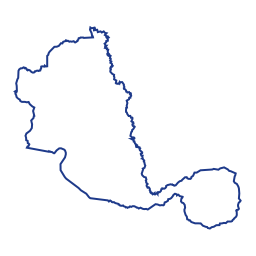 Chimichagua, Cesar, Colombia (orthographic projection)
{"feature_id": "7082276B32164017339198", "entity_name": "Chimichagua", "entity_type": "district", "adm_level": 2, "iso_a3": "COL", "parent_name": "Colombia", "parent_adm1": "Cesar", "projection": "orthographic", "projection_center": [-73.748, 9.238], "detail": "fine", "context": "isolated", "style": "outline", "palette": "blue", "viewbox_px": 256, "rotation_deg": 0, "n_neighbors": 0, "source": "geoboundaries", "source_scale": "gbopen_adm2", "svg_char_len": 5797}
<svg xmlns="http://www.w3.org/2000/svg" viewBox="0 0 256 256"><path d="M20.7,68.3L19.2,69.4L18.5,70.8L18.2,77.9L17.4,79.3L16.2,83.3L16.7,85.9L16.9,91.1L16.4,91.9L15.9,90.9L15.4,91.2L15.9,92.1L15.4,92.1L15.8,92.5L15.4,93.2L15.5,94.0L16.2,95.2L16.5,96.9L18.1,98.7L17.8,99.0L18.3,98.8L19.7,99.5L20.4,101.1L22.0,101.9L25.1,101.9L26.8,102.3L28.6,102.0L29.8,104.2L32.4,106.5L34.3,107.5L33.1,111.0L34.3,115.9L33.8,116.1L33.5,118.0L31.2,120.5L32.1,124.3L31.8,128.1L30.0,130.8L26.4,133.5L25.5,135.8L26.1,137.7L26.2,140.2L27.6,140.8L27.8,143.2L28.6,143.5L29.3,144.3L28.6,145.9L27.5,146.5L26.9,147.7L48.5,151.7L48.8,151.3L49.1,151.6L49.7,151.4L49.9,151.8L51.9,152.0L53.8,153.2L54.4,153.2L56.6,150.4L59.2,148.4L61.0,148.3L64.0,149.5L65.0,150.4L65.8,152.7L65.8,154.4L65.0,157.4L60.5,164.1L60.6,170.2L64.7,176.9L66.1,178.6L78.6,188.0L80.9,190.3L86.3,193.7L89.1,197.3L90.3,198.2L107.9,200.4L108.9,201.5L110.1,200.5L111.4,201.3L111.8,202.0L112.9,202.3L113.9,202.1L115.3,203.1L118.5,203.9L118.6,204.6L119.5,204.8L119.8,205.4L121.2,205.8L123.1,205.5L123.4,206.1L125.3,206.8L125.7,207.4L126.5,207.2L127.5,207.8L128.1,207.3L129.0,207.3L130.0,206.4L131.2,206.9L132.6,206.2L134.1,206.2L135.8,206.9L136.6,207.6L137.6,207.6L138.7,208.5L140.5,207.7L142.7,208.8L144.2,209.1L146.2,208.9L147.8,209.5L155.5,204.2L157.7,204.5L159.9,205.4L161.8,205.1L163.4,205.3L164.1,204.7L164.7,202.4L166.2,201.9L168.0,200.7L168.2,199.2L170.1,198.8L171.2,198.1L172.7,196.3L173.3,195.1L174.8,193.8L175.8,193.9L176.9,194.8L177.0,195.3L177.9,194.6L178.4,194.7L179.7,196.1L182.6,196.8L182.5,197.4L181.3,198.9L181.0,201.3L181.8,202.5L183.4,203.1L184.7,204.9L185.1,207.7L184.4,209.6L184.5,211.4L185.6,214.9L186.8,216.6L187.2,219.3L188.7,219.8L189.2,220.5L189.9,220.3L191.3,222.0L195.0,223.3L200.7,223.4L202.9,225.7L205.7,226.8L207.1,227.0L207.8,228.0L209.9,228.5L211.7,227.2L213.9,226.7L216.3,225.2L219.5,225.1L219.9,223.5L222.0,223.4L223.9,222.9L225.9,223.1L227.6,221.5L231.1,221.5L232.1,221.1L232.7,219.9L233.7,219.3L233.9,218.7L236.2,216.6L236.8,215.0L236.7,211.5L236.2,210.8L236.6,210.0L238.0,209.8L238.9,208.8L238.0,206.0L238.1,204.6L238.8,202.6L240.2,201.5L240.6,200.6L238.9,198.5L239.3,193.5L238.9,188.4L238.3,186.5L236.9,184.0L234.7,182.7L233.8,181.2L234.7,176.3L235.2,175.5L235.7,173.4L230.7,171.2L229.2,170.9L227.8,169.4L224.1,167.4L220.2,168.4L218.4,169.7L213.7,168.9L212.3,169.5L200.5,170.3L196.7,172.6L194.5,172.6L193.1,175.8L191.4,177.0L191.2,178.1L190.5,178.9L188.7,178.9L187.3,178.3L186.7,177.2L185.0,177.3L182.0,180.0L181.6,180.7L179.6,181.3L177.9,182.7L175.7,185.3L174.2,185.7L173.6,185.0L172.8,185.0L172.2,184.4L171.5,184.6L170.6,184.3L167.5,185.1L166.1,186.0L166.1,187.1L165.2,188.2L164.2,188.7L162.6,188.4L162.7,188.8L161.3,189.2L161.0,190.8L159.7,192.2L158.2,192.1L158.1,192.8L157.5,192.9L157.5,193.9L157.0,193.2L156.8,193.6L156.4,193.4L155.8,193.9L155.4,193.7L154.9,194.4L154.5,194.1L154.5,193.2L153.7,193.9L153.4,193.7L152.8,194.2L152.4,193.4L151.9,193.5L151.7,193.0L151.2,193.2L150.7,192.8L150.2,192.0L150.6,191.4L149.7,190.3L149.9,189.1L149.1,187.6L147.8,187.7L147.8,187.1L147.3,187.1L146.8,186.4L146.6,185.2L147.6,184.0L146.2,182.6L146.2,181.4L145.8,180.5L146.4,179.6L145.8,177.4L144.1,177.0L142.3,175.3L141.7,173.7L143.3,168.8L143.0,168.5L144.5,167.8L145.3,165.5L144.8,164.6L144.3,162.0L143.8,161.6L144.2,160.5L142.9,159.2L142.8,158.6L142.3,158.5L142.7,158.2L142.3,156.7L142.6,155.7L141.4,155.6L140.9,154.5L140.8,153.7L142.1,153.2L142.2,152.3L139.9,150.2L139.6,149.1L140.1,148.4L139.1,147.8L140.4,147.1L139.4,147.4L138.5,147.2L137.4,146.1L136.9,146.2L136.6,147.0L136.2,146.9L135.9,145.2L136.6,144.8L135.0,143.5L134.4,141.4L133.7,141.5L133.4,140.0L131.5,139.0L133.9,138.9L134.4,138.5L134.3,137.8L133.7,137.4L132.2,137.5L130.4,135.9L131.3,132.0L132.0,131.5L132.2,129.9L133.1,129.3L134.7,126.8L134.3,126.3L133.1,126.1L132.6,125.5L132.4,124.3L133.5,123.7L133.2,122.2L132.4,122.1L131.4,121.3L132.3,119.4L132.5,118.0L132.2,117.6L131.0,117.7L130.3,115.9L128.7,116.0L127.4,114.2L126.8,112.5L126.1,112.0L126.0,111.0L126.2,107.8L127.0,107.6L126.7,105.7L127.4,103.0L126.7,100.6L129.0,99.3L129.2,97.8L130.4,97.7L130.5,96.6L131.2,95.8L130.9,94.4L130.2,94.5L130.0,94.2L130.8,93.5L130.6,93.1L129.8,93.2L129.1,92.1L127.4,92.5L126.9,91.8L126.2,91.6L126.1,90.5L125.1,89.3L124.0,88.9L123.8,88.1L124.3,87.5L124.3,86.5L123.8,85.8L123.9,84.6L122.2,82.1L120.9,82.1L120.3,82.6L119.7,82.0L119.4,83.5L119.0,83.1L118.0,83.9L117.1,83.5L116.4,83.6L115.8,83.1L116.3,80.5L114.1,79.3L114.4,77.2L113.9,76.3L114.1,74.8L112.3,73.9L110.3,71.7L110.4,70.3L110.9,69.7L110.8,68.6L110.3,68.5L110.3,68.1L110.8,67.0L112.1,66.7L112.7,65.9L111.8,65.3L112.1,64.5L111.8,63.6L110.4,62.8L111.3,61.4L110.1,60.6L110.8,59.0L109.9,58.2L110.5,56.0L109.1,55.9L109.5,54.7L109.3,54.4L108.0,55.3L107.4,54.7L107.3,53.8L108.2,53.2L107.7,51.8L108.2,49.7L106.9,49.4L107.1,48.3L105.1,47.9L106.4,45.9L105.2,46.1L105.4,44.8L104.6,43.7L106.2,42.3L106.2,41.1L107.8,40.8L107.9,39.8L107.2,38.3L108.7,37.5L107.7,36.3L106.3,36.9L106.0,35.7L104.9,35.0L106.5,33.2L105.0,32.9L103.7,31.4L101.8,32.5L100.6,31.4L97.8,32.1L97.2,29.8L94.0,30.3L94.0,29.6L95.0,28.3L94.6,27.6L91.6,28.3L90.4,27.5L90.0,29.7L91.6,33.1L92.1,35.8L92.7,36.2L93.0,37.4L83.8,37.9L83.2,37.5L80.5,37.5L79.8,38.1L78.7,38.2L78.2,39.8L77.4,40.5L77.5,41.0L75.4,42.4L74.7,42.3L73.7,41.2L71.8,41.7L70.2,41.4L69.3,41.7L68.0,40.8L66.8,41.0L66.5,40.5L65.9,40.3L65.4,41.1L63.2,41.8L62.4,43.4L61.0,43.2L58.8,45.9L56.8,46.7L54.4,46.8L49.6,51.7L48.6,53.3L48.3,54.8L47.2,55.9L47.2,66.3L45.8,66.5L44.7,65.6L44.3,66.6L42.1,66.3L41.2,66.6L41.1,68.6L40.6,69.0L40.5,69.9L39.8,70.3L39.9,70.6L38.4,71.0L37.9,70.6L36.3,70.8L35.2,71.6L34.9,71.4L34.0,72.5L32.8,72.6L31.5,72.0L29.8,70.3L28.7,69.9L27.6,70.4L27.1,70.0L27.3,69.5L26.2,68.9L25.8,68.0L24.7,67.7L24.5,68.1L23.5,67.4L22.0,68.3L20.7,68.3Z" fill="none" stroke="#1e3a8a" stroke-width="2"/></svg>